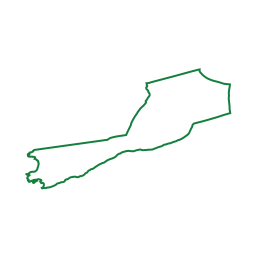 the district of Sveitarfélagið Skagaströnd, Norðurland vestra, Iceland, rotated 352°
{"feature_id": "244011B17586381133924", "entity_name": "Sveitarfélagið Skagaströnd", "entity_type": "district", "adm_level": 2, "iso_a3": "ISL", "parent_name": "Iceland", "parent_adm1": "Norðurland vestra", "projection": "robinson", "projection_center": [-20.221, 65.865], "detail": "fine", "context": "isolated", "style": "outline", "palette": "green", "viewbox_px": 256, "rotation_deg": 352, "n_neighbors": 0, "source": "geoboundaries", "source_scale": "gbopen_adm2", "svg_char_len": 5605}
<svg xmlns="http://www.w3.org/2000/svg" viewBox="0 0 256 256"><g transform="rotate(352 128 128)"><path d="M207.1,80.0L206.0,80.0L198.2,80.9L181.0,83.1L157.4,85.9L155.2,86.3L154.4,86.3L152.7,86.3L152.8,86.5L152.8,87.0L152.7,87.3L152.5,88.1L152.9,88.7L152.9,88.9L152.9,89.1L152.8,89.4L152.6,89.7L151.7,90.4L151.6,90.6L151.6,90.9L151.6,91.3L151.6,91.7L151.7,91.9L152.8,93.4L153.2,94.1L153.2,94.7L153.1,95.1L153.2,95.4L153.9,96.3L154.0,96.6L154.1,97.3L154.1,97.9L154.0,98.5L153.8,99.0L153.5,99.4L152.6,100.2L151.9,100.8L151.5,101.4L151.3,101.7L151.1,102.1L150.9,102.3L149.8,103.4L149.4,103.6L149.3,103.8L149.2,104.0L149.4,104.7L149.5,105.1L149.4,105.3L148.5,106.2L146.8,107.7L143.1,110.3L141.5,112.0L140.0,113.4L138.9,114.9L136.7,117.2L134.4,120.1L132.3,123.1L131.6,124.3L131.2,125.5L130.8,126.2L129.9,127.5L128.8,129.1L127.2,131.4L125.2,134.7L115.1,134.8L112.4,135.0L110.9,135.2L109.1,135.4L107.7,136.0L107.0,136.3L106.2,136.8L32.2,136.7L32.1,136.8L31.7,137.0L31.4,137.1L31.0,137.3L31.0,137.7L30.7,138.0L30.3,138.0L29.7,138.4L29.4,138.5L29.0,138.5L28.3,138.7L27.9,138.6L27.3,138.6L27.0,138.8L26.9,139.1L26.4,139.5L25.7,139.8L25.9,140.0L26.7,140.4L26.6,140.6L26.2,140.9L25.8,141.0L25.1,141.0L25.1,141.9L25.8,142.5L26.1,142.7L27.5,142.8L27.9,142.9L29.5,143.1L29.7,143.3L30.0,143.4L30.4,143.4L31.4,143.7L31.7,143.9L31.9,144.2L32.0,144.7L31.8,145.1L31.3,145.6L32.4,146.2L32.8,146.5L33.2,146.8L33.2,147.1L33.5,147.5L34.0,147.7L34.3,148.1L34.2,148.3L34.2,148.6L34.4,148.7L34.5,149.1L34.4,149.5L34.6,150.3L34.6,150.8L34.4,151.1L34.5,151.3L34.2,152.1L33.6,153.8L33.4,154.1L33.1,154.5L32.8,155.2L32.6,155.9L32.0,156.7L31.1,157.5L30.1,158.0L29.3,158.2L28.7,158.3L27.4,158.0L25.4,158.1L24.9,158.3L24.6,158.5L24.2,158.8L23.8,158.9L23.6,159.1L23.0,159.4L22.8,159.6L22.5,159.6L22.2,159.5L21.6,159.6L21.3,159.5L21.0,159.6L21.1,159.9L21.4,160.0L22.4,160.3L23.4,160.6L23.6,160.7L23.9,160.9L23.9,161.2L22.2,161.7L22.0,162.0L21.8,162.7L21.7,163.0L21.2,163.5L21.3,163.7L21.6,163.9L21.6,164.1L21.8,164.6L21.6,165.1L22.2,165.5L21.9,165.8L21.8,166.0L22.2,166.3L22.1,166.6L22.1,166.8L22.3,166.9L22.6,167.1L22.8,167.4L22.8,167.6L23.2,167.5L23.5,167.5L23.7,167.4L23.8,167.2L25.3,166.8L25.5,166.8L26.1,166.9L26.1,167.8L26.3,168.2L26.2,168.3L26.4,168.9L27.1,169.9L26.8,168.9L27.7,169.2L28.1,169.2L26.9,168.6L26.9,168.4L27.9,168.5L27.9,168.4L27.0,168.3L26.9,167.8L27.4,167.8L27.3,167.1L27.2,167.1L27.2,166.6L28.0,166.6L28.3,166.5L28.2,166.3L28.5,166.3L29.3,166.4L29.6,166.5L29.2,168.0L29.4,168.0L29.6,167.5L30.7,167.5L30.7,167.3L30.7,166.7L30.7,166.4L30.9,166.3L32.0,166.3L32.5,166.3L33.4,166.6L34.6,167.3L34.9,167.7L34.9,167.8L34.3,167.9L34.2,168.0L34.2,168.3L34.2,168.5L33.9,168.8L33.6,169.0L33.8,169.3L33.9,169.5L34.3,169.8L34.4,170.4L34.5,170.4L35.1,170.5L35.4,170.5L35.6,170.4L36.1,170.5L36.8,171.2L36.8,171.7L36.8,172.8L36.3,173.9L35.7,174.6L35.2,175.1L34.8,175.1L34.3,175.3L34.6,175.8L35.3,175.7L36.3,175.7L38.0,176.0L38.4,176.0L38.8,176.0L39.7,175.7L40.5,175.8L41.1,175.8L41.8,175.9L43.2,175.7L44.6,175.4L47.9,174.5L48.7,174.2L48.9,174.0L50.1,173.2L50.4,173.1L51.7,173.0L53.0,172.8L53.2,172.7L53.9,172.5L54.4,172.5L54.6,172.5L56.0,172.5L56.9,172.4L57.3,172.2L57.8,171.9L58.2,171.5L58.4,171.1L58.7,170.7L59.1,170.5L59.6,170.4L60.2,170.3L60.3,170.4L60.6,170.3L61.2,170.2L61.6,170.1L62.0,169.8L63.0,169.4L63.6,169.1L64.7,168.8L65.4,168.8L66.7,168.7L66.8,168.8L67.2,168.8L68.1,168.7L69.1,169.0L69.7,169.1L70.6,169.6L71.1,169.7L72.0,169.7L72.7,169.5L73.7,169.1L74.1,169.0L74.3,169.0L74.8,169.2L75.3,169.1L76.1,168.9L76.9,168.7L78.0,168.2L79.0,167.5L79.4,167.0L79.8,166.9L80.4,166.7L81.0,166.5L81.5,166.2L82.0,165.7L82.5,165.1L82.8,164.9L83.4,164.6L84.3,164.5L84.7,164.3L85.1,163.9L85.5,163.8L86.3,163.6L87.2,163.6L87.8,163.4L89.1,162.8L89.5,162.5L90.6,161.9L92.6,161.0L93.0,160.8L94.3,160.2L96.3,159.6L97.1,159.3L97.8,159.2L99.2,159.0L99.8,158.8L100.0,158.7L100.5,158.4L100.8,158.2L101.7,157.9L102.2,157.5L103.1,157.1L104.8,156.6L106.5,156.2L107.9,156.0L108.9,155.7L110.4,155.3L111.2,155.0L111.7,154.7L112.9,153.8L113.8,153.1L115.0,152.5L115.3,152.4L115.9,152.2L117.2,152.1L117.5,152.0L117.8,151.6L118.2,151.4L118.3,151.4L120.4,151.0L121.3,150.9L123.1,150.7L123.7,150.6L124.5,150.7L125.0,150.6L126.5,151.0L128.3,151.5L128.9,151.6L129.4,151.6L130.5,151.8L131.1,151.7L131.8,151.5L133.5,151.2L134.5,151.1L135.4,151.1L136.5,151.0L137.3,151.0L138.3,151.6L139.8,152.1L140.3,152.1L142.0,152.2L143.0,152.4L143.6,152.4L145.2,152.3L146.2,152.5L147.6,152.6L148.3,152.7L149.9,152.6L150.9,152.2L151.5,152.1L152.8,151.9L154.0,151.5L155.0,151.3L156.2,151.1L157.7,150.9L159.2,150.6L160.6,149.9L161.3,149.7L161.8,149.6L164.2,149.4L164.9,149.2L165.7,149.0L167.1,149.0L167.8,149.0L168.4,148.8L170.8,148.2L172.1,148.0L173.0,147.9L174.2,147.7L175.0,147.3L175.6,147.1L176.3,146.9L177.3,146.9L179.8,146.1L181.4,145.4L182.3,145.0L186.4,142.8L187.0,142.3L187.6,141.8L187.9,141.4L188.2,140.9L190.2,137.7L191.5,136.0L191.7,135.5L191.9,135.2L192.0,134.9L192.4,134.0L192.6,133.7L193.0,133.4L193.3,133.2L193.9,132.8L194.6,132.7L195.2,132.6L200.8,132.0L205.8,131.4L214.9,130.1L218.3,129.6L224.3,128.5L228.3,127.9L231.3,127.5L231.3,127.0L231.3,125.4L231.2,123.9L231.2,123.4L231.4,122.4L231.5,121.4L231.6,120.2L231.7,117.6L231.8,113.2L232.0,112.0L232.2,111.4L232.5,109.9L232.6,109.0L232.6,108.0L233.0,106.0L233.6,103.8L233.9,102.8L234.3,101.7L234.6,100.7L235.0,99.0L234.7,98.9L231.1,98.1L229.4,97.6L228.4,97.2L225.9,96.0L224.9,95.5L222.6,94.5L220.3,93.6L218.1,92.6L216.4,91.7L214.6,90.6L213.2,89.7L210.1,86.8L209.5,86.0L209.0,85.4L208.5,84.6L207.8,83.7L207.3,82.9L207.0,82.3L206.8,81.7L206.9,80.9L207.1,80.0Z" fill="none" stroke="#15803d" stroke-width="2"/></g></svg>